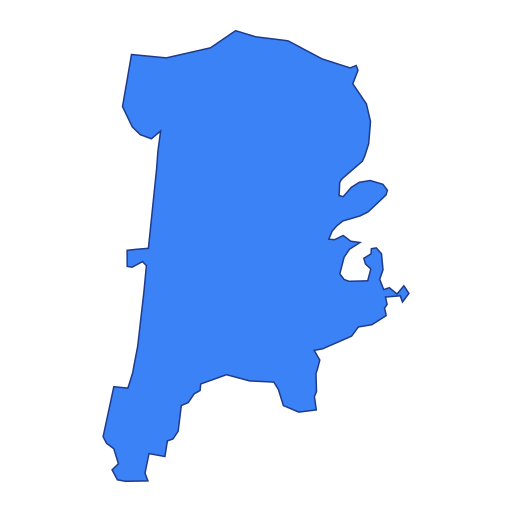 outline of Barceloneta, Puerto Rico
{"feature_id": "32010507B67293545491700", "entity_name": "Barceloneta", "entity_type": "district", "adm_level": 2, "iso_a3": "PRI", "parent_name": "Puerto Rico", "parent_adm1": "", "projection": "albers", "projection_center": [-66.554, 18.44], "detail": "fine", "context": "isolated", "style": "filled", "palette": "blue", "viewbox_px": 512, "rotation_deg": 0, "n_neighbors": 0, "source": "geoboundaries", "source_scale": "gbopen_adm2", "svg_char_len": 1776}
<svg xmlns="http://www.w3.org/2000/svg" viewBox="0 0 512 512"><path d="M131.5,54.5L130.6,59.8L122.6,106.1L122.5,106.6L132.3,126.9L140.3,134.7L151.4,138.8L160.6,131.0L157.9,151.3L156.6,168.8L148.4,248.3L136.4,249.3L127.1,250.3L127.2,266.4L132.1,267.2L142.0,261.9L142.5,261.6L146.4,265.6L143.9,292.0L137.7,346.2L133.8,366.5L132.8,372.4L129.0,384.6L127.8,388.1L113.8,386.7L113.4,388.8L103.1,436.7L106.6,443.4L113.8,448.7L118.4,463.7L112.1,469.8L117.4,479.8L122.8,480.8L125.4,481.3L147.9,480.9L145.0,473.1L149.0,453.6L164.9,456.5L167.4,440.9L173.0,438.9L178.2,431.1L181.3,405.5L188.2,402.6L194.2,393.8L200.1,390.5L200.7,384.0L226.4,374.7L249.5,380.9L273.9,382.1L278.4,389.5L283.4,405.6L298.8,412.1L316.3,409.9L314.4,396.6L316.5,391.6L316.0,373.6L317.6,368.5L319.8,360.1L314.2,350.4L322.6,348.8L351.6,336.1L358.3,327.0L371.9,324.7L386.1,315.6L386.1,315.4L385.5,312.0L384.5,308.4L387.1,304.4L385.5,297.0L400.2,295.8L402.5,302.0L408.9,293.4L403.9,285.8L397.0,294.0L389.3,287.7L383.7,289.6L379.7,279.3L383.0,269.8L381.5,253.8L376.3,247.9L371.4,248.7L371.0,253.9L363.8,258.3L365.5,264.0L370.8,269.0L367.7,280.8L349.1,281.3L344.1,279.5L339.8,273.8L344.1,257.2L349.5,249.2L360.0,242.5L350.7,241.2L343.2,235.5L334.5,239.7L328.8,239.2L332.1,231.2L336.9,225.7L343.0,220.9L360.1,215.9L368.1,211.9L386.0,195.0L387.4,190.2L382.9,184.3L370.2,180.5L359.3,182.3L351.3,187.3L343.3,196.6L339.1,195.6L339.7,182.5L341.1,180.1L342.7,178.2L362.4,161.2L364.8,155.9L368.7,143.7L370.5,121.5L366.4,103.9L352.8,83.8L358.0,70.3L356.2,65.5L350.2,67.9L338.5,64.2L326.1,60.2L324.4,59.6L322.1,58.9L289.5,41.6L287.9,40.8L282.5,40.1L261.4,37.5L255.7,36.8L235.6,30.7L232.3,32.9L210.5,47.8L197.3,50.8L195.7,51.2L170.6,56.9L166.2,57.9L162.4,57.5L131.5,54.5Z" fill="#3b82f6" stroke="#1e3a8a" stroke-width="1.5"/></svg>